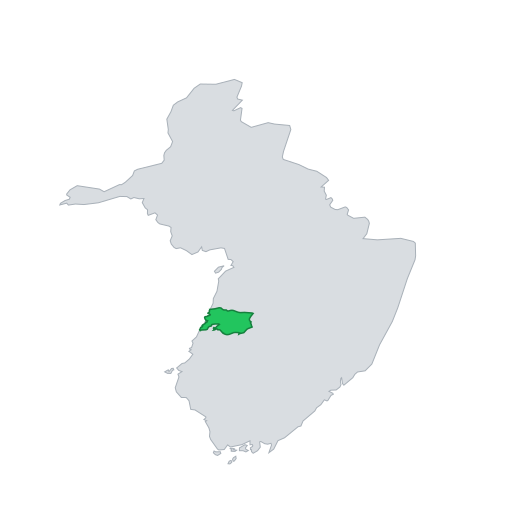 Central Ostrobothnia highlighted on a map of Finland, rotated 330°
{"feature_id": "FIN-3181", "entity_name": "Central Ostrobothnia", "entity_type": "Province", "adm_level": 1, "iso_a3": "FIN", "parent_name": "Finland", "parent_adm1": "", "projection": "robinson", "projection_center": [23.72, 63.644], "detail": "fine", "context": "in_parent", "style": "filled", "palette": "green", "viewbox_px": 512, "rotation_deg": 330, "n_neighbors": 0, "source": "natural_earth", "source_scale": "10m", "svg_char_len": 5774}
<svg xmlns="http://www.w3.org/2000/svg" viewBox="0 0 512 512"><g transform="rotate(330 256 256)"><path d="M201.2,222.7L198.4,216.5L194.7,211.1L190.6,209.7L189.3,207.6L188.6,203.3L189.3,199.9L193.5,196.7L194.3,192.3L196.7,188.8L195.5,186.5L188.7,180.1L187.8,178.0L187.4,174.5L191.2,171.3L190.1,168.1L183.0,166.9L183.2,164.9L185.2,161.7L184.1,158.9L184.2,152.9L187.7,150.2L183.5,148.1L179.5,144.3L176.1,144.0L173.9,140.0L167.8,136.3L146.1,131.1L132.7,125.4L125.6,120.7L119.0,118.1L118.5,115.6L111.6,113.7L113.0,112.6L118.4,112.5L122.8,113.5L124.4,112.2L122.6,108.6L123.0,107.7L128.0,105.7L136.3,105.7L153.9,119.8L156.6,124.4L173.4,125.9L175.2,127.0L179.7,126.8L189.4,124.6L193.2,121.5L196.8,121.7L220.7,128.6L224.4,127.1L226.5,122.8L228.4,120.9L231.2,119.6L236.7,118.7L241.0,115.2L241.3,105.4L243.3,102.6L247.2,92.9L254.5,88.5L259.8,84.1L265.2,83.4L274.9,84.3L286.3,79.8L293.7,79.2L307.1,87.2L325.6,92.3L330.7,99.0L328.4,101.6L318.9,108.9L318.6,110.9L322.1,114.2L308.4,118.1L309.4,119.2L316.8,119.8L317.7,121.2L310.5,130.5L310.4,132.2L316.2,142.2L333.2,146.6L338.0,151.0L350.4,159.8L349.4,163.9L332.2,179.1L328.3,183.4L327.9,186.0L338.8,198.2L344.6,206.8L351.0,213.0L356.3,223.3L356.7,226.8L346.9,228.8L349.7,230.7L347.5,233.9L347.3,238.5L344.7,241.5L345.3,242.3L350.1,242.9L350.6,244.9L350.3,246.2L345.4,248.5L345.1,251.0L347.8,255.3L350.0,256.8L357.8,258.1L358.8,259.3L359.2,262.4L355.8,265.5L355.9,266.6L359.4,272.2L369.7,276.8L371.0,280.2L371.0,282.4L370.5,284.4L363.1,292.1L357.4,294.5L369.2,302.7L390.2,313.1L399.6,322.1L400.4,324.5L394.3,335.7L391.8,338.8L375.7,351.3L352.8,371.8L341.3,380.9L318.6,394.7L302.3,407.5L293.1,410.0L285.9,407.2L282.4,407.9L279.0,409.8L267.5,411.8L267.1,409.8L269.3,404.2L268.3,404.4L266.3,406.9L265.3,409.9L263.2,411.4L258.4,412.1L253.7,409.6L251.5,409.7L253.9,413.3L253.8,414.4L251.3,414.2L246.1,417.0L245.0,417.0L243.3,414.7L237.8,417.2L232.6,417.7L229.5,419.6L214.2,422.4L209.9,425.7L207.0,424.9L189.8,427.7L182.7,426.9L174.8,432.1L168.8,432.8L175.0,427.4L175.3,425.7L172.0,424.8L169.7,422.9L167.4,419.0L166.2,418.8L164.1,423.7L160.0,425.4L154.9,425.4L154.3,423.2L155.2,421.2L154.4,420.9L155.2,419.3L157.8,419.2L158.5,418.4L158.5,417.4L156.4,416.5L158.4,413.0L149.4,412.3L138.3,408.6L137.0,405.4L131.7,407.7L126.8,405.4L126.1,403.9L125.0,392.3L125.5,389.0L128.3,385.1L129.3,381.2L129.3,374.0L130.9,374.0L129.1,371.6L131.7,371.0L132.1,370.2L126.2,358.8L122.8,356.2L125.6,347.9L125.3,346.0L124.8,343.7L120.6,341.2L119.1,333.8L120.2,329.7L128.8,322.2L129.3,319.3L134.1,319.1L131.9,316.5L131.3,313.3L138.2,312.1L140.8,313.0L146.8,311.9L152.2,309.5L150.2,305.0L152.9,304.8L152.1,303.8L152.2,302.7L154.4,303.1L157.9,300.0L158.0,297.6L164.0,296.3L170.9,291.4L177.2,288.8L183.8,283.9L186.5,283.7L188.0,280.4L195.2,275.5L197.8,271.5L204.6,267.0L211.2,259.1L211.9,256.9L222.1,253.9L231.2,254.8L231.0,252.8L229.6,251.6L233.4,249.5L232.5,246.5L230.2,245.0L232.5,233.7L229.7,231.4L219.1,227.6L214.8,227.2L212.3,224.3L213.5,220.9L207.7,223.5L201.2,222.7ZM145.7,413.9L152.1,413.9L153.7,415.7L150.9,416.9L150.6,418.3L152.1,420.6L149.3,420.6L147.4,418.1L144.3,416.3L145.7,413.9ZM219.5,250.2L215.6,251.3L212.4,250.6L212.4,248.4L217.9,246.9L223.5,248.5L220.7,249.0L219.5,250.2ZM123.1,310.7L122.9,312.6L126.6,311.2L128.1,311.8L127.9,313.5L126.6,313.2L123.5,315.1L120.7,313.4L119.0,310.7L123.1,310.7ZM127.2,407.7L126.8,409.4L123.0,409.5L121.5,407.8L120.7,405.1L122.2,403.9L123.1,405.4L127.2,407.7ZM142.1,414.5L140.1,414.7L137.2,412.9L136.9,412.3L138.0,411.9L137.5,409.8L139.7,410.9L140.9,412.2L139.7,412.5L142.1,414.5ZM137.5,421.5L134.7,422.7L133.7,422.4L134.0,420.3L135.6,419.4L138.4,419.3L137.5,421.5ZM131.8,422.6L129.4,423.0L127.9,421.9L130.2,420.3L132.0,420.5L132.4,421.4L131.8,422.6Z" fill="#d9dde1" stroke="#a8b0b8" stroke-width="1"/><path d="M170.3,292.7L170.4,292.2L170.3,291.7L171.8,290.8L172.2,290.3L172.6,290.2L173.8,290.5L174.1,290.4L174.4,290.2L174.7,290.0L174.6,289.9L174.3,289.8L174.3,289.5L174.7,289.3L175.0,289.1L175.8,289.0L177.9,289.1L178.7,288.9L179.3,288.3L179.9,288.7L180.5,288.7L181.1,288.3L181.7,287.8L180.8,287.3L180.5,287.0L180.5,286.7L180.7,286.3L180.6,285.9L180.5,285.6L180.4,285.3L180.4,285.0L180.8,283.5L181.2,283.2L181.7,283.2L182.6,283.5L182.8,283.6L183.0,283.8L183.3,283.9L183.6,283.9L183.8,283.8L184.1,283.7L184.9,284.0L186.7,284.2L187.1,283.8L186.7,283.0L186.1,282.2L185.7,281.7L185.9,281.4L186.2,281.3L187.0,281.5L187.2,281.4L187.8,280.8L188.1,280.6L188.2,280.1L188.7,279.7L189.4,279.3L189.4,279.2L194.1,281.2L198.2,282.4L199.7,283.5L199.9,284.3L200.6,285.9L201.1,286.6L202.4,287.4L203.2,287.8L203.3,288.1L203.7,288.9L203.7,289.3L204.5,289.8L206.8,290.4L208.1,291.0L209.2,291.9L212.3,295.7L214.1,297.2L217.8,299.1L224.1,303.4L224.8,304.3L221.3,305.7L219.0,307.0L218.3,308.0L218.3,309.5L218.8,310.7L218.6,310.8L217.9,311.0L217.7,311.2L217.7,311.8L217.8,312.3L217.6,313.1L217.3,314.1L217.1,314.7L217.2,315.4L217.1,315.6L213.0,314.9L211.5,314.9L207.1,316.3L203.2,315.1L202.1,315.1L202.4,314.8L202.8,314.6L203.3,314.3L202.7,313.7L200.3,312.1L198.5,311.2L193.8,310.5L192.8,310.2L191.9,309.8L191.1,309.3L190.4,308.6L189.8,307.9L189.2,307.0L189.3,307.0L189.5,307.0L189.5,306.8L188.9,306.1L188.6,305.5L188.0,302.4L187.6,301.7L187.0,301.3L186.5,301.1L186.0,300.8L185.7,299.8L185.7,299.5L185.1,299.3L183.7,299.3L182.9,299.2L182.4,299.0L182.8,298.9L182.9,298.7L182.9,298.4L182.9,298.2L183.0,298.2L183.4,298.0L183.5,298.0L183.5,297.9L183.3,297.3L183.2,297.2L183.4,297.0L183.8,296.9L184.1,297.4L184.4,297.9L185.1,298.0L186.9,297.4L189.7,297.0L190.1,296.9L189.7,296.2L186.3,294.3L184.0,293.4L183.3,293.3L182.5,294.2L182.0,294.2L181.1,293.9L180.2,293.7L179.1,293.9L178.4,294.3L177.8,294.7L177.1,295.1L175.8,294.9L171.5,292.7L171.1,292.8L170.8,292.9L170.5,292.8L170.3,292.7Z" fill="#22c55e" stroke="#15803d" stroke-width="1.5"/></g></svg>